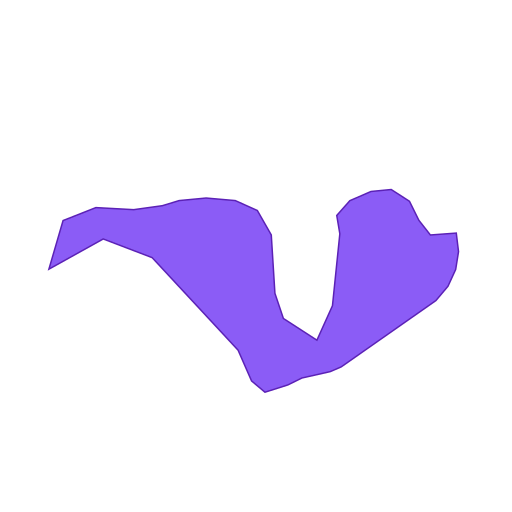 an SVG outline of North Caicos, rotated 145°
{"feature_id": "TCA-5004", "entity_name": "North Caicos", "entity_type": "state/province", "adm_level": 1, "iso_a3": "TCA", "parent_name": "Turks and Caicos Islands", "parent_adm1": "", "projection": "albers", "projection_center": [-71.96, 21.894], "detail": "fine", "context": "isolated", "style": "filled", "palette": "violet", "viewbox_px": 512, "rotation_deg": 145, "n_neighbors": 0, "source": "natural_earth", "source_scale": "10m", "svg_char_len": 612}
<svg xmlns="http://www.w3.org/2000/svg" viewBox="0 0 512 512"><g transform="rotate(145 256 256)"><path d="M107.1,232.9L98.9,212.8L102.1,191.9L101.1,173.2L78.8,159.9L87.6,143.4L100.2,130.4L116.1,121.1L134.2,116.3L249.8,116.3L261.5,118.7L288.3,129.7L303.8,132.1L326.8,139.3L331.3,156.2L324.7,189.1L342.0,314.2L371.4,357.6L433.2,364.0L393.7,395.7L359.4,387.5L329.6,364.1L303.8,350.9L287.2,345.5L263.6,332.1L241.2,313.3L228.8,292.5L231.4,264.5L261.9,214.6L269.4,189.1L254.4,152.1L221.9,171.4L174.6,226.1L166.6,242.9L147.4,247.5L124.8,242.9L107.1,232.9Z" fill="#8b5cf6" stroke="#5b21b6" stroke-width="1.5"/></g></svg>